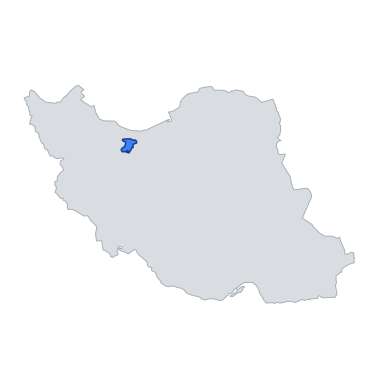 Alborz on a map of Iran (Albers equal-area conic projection), rotated 350°
{"feature_id": "IRN-5490", "entity_name": "Alborz", "entity_type": "Province", "adm_level": 1, "iso_a3": "IRN", "parent_name": "Iran", "parent_adm1": "", "projection": "albers", "projection_center": [50.738, 35.945], "detail": "fine", "context": "in_parent", "style": "filled", "palette": "blue", "viewbox_px": 384, "rotation_deg": 350, "n_neighbors": 0, "source": "natural_earth", "source_scale": "10m", "svg_char_len": 4339}
<svg xmlns="http://www.w3.org/2000/svg" viewBox="0 0 384 384"><g transform="rotate(350 192 192)"><path d="M182.7,109.2L186.7,109.3L193.9,106.5L194.5,105.9L196.5,100.8L198.9,98.5L203.2,95.6L205.9,94.6L215.8,94.4L216.5,92.4L218.0,91.2L228.8,91.2L230.5,92.6L231.3,95.4L240.4,97.3L242.3,98.0L244.7,100.0L246.5,100.4L248.8,99.3L250.2,99.8L252.6,99.0L259.8,101.6L261.0,104.7L262.4,106.0L264.0,107.2L269.8,109.1L271.6,110.4L276.2,115.9L287.4,114.6L288.3,115.8L288.4,118.3L289.8,124.3L289.2,126.5L290.8,128.4L291.0,132.1L291.9,134.7L291.0,138.4L289.7,139.3L290.8,142.4L290.0,145.6L290.2,146.8L288.7,149.6L288.7,150.6L285.6,153.4L288.4,156.8L284.8,157.4L282.8,161.4L283.9,165.9L283.5,168.3L284.0,169.6L285.1,170.4L290.2,170.8L290.4,171.3L285.7,178.5L286.2,181.0L291.4,194.0L291.4,200.8L292.7,207.6L305.8,208.2L307.5,209.8L308.8,213.5L309.1,216.3L308.8,217.8L296.1,236.9L304.5,244.8L305.0,246.6L310.4,254.6L315.1,258.5L322.8,260.0L326.5,262.8L329.6,262.2L329.9,266.6L332.1,275.4L331.7,279.6L334.4,280.1L338.4,279.0L339.9,279.6L340.9,281.0L340.0,282.0L340.6,285.5L339.6,286.3L339.6,289.7L333.6,290.6L328.1,292.8L326.2,294.2L325.3,296.8L323.4,296.8L322.9,297.7L319.1,299.8L318.4,306.8L317.1,308.6L317.0,318.4L316.1,318.7L314.3,320.5L301.6,318.7L300.1,316.5L298.8,316.2L297.2,318.6L290.8,317.9L288.8,318.5L287.4,317.9L284.1,318.2L281.3,317.0L274.6,318.8L270.3,316.7L265.9,316.4L260.4,316.8L255.9,315.4L253.7,316.2L252.5,315.0L245.9,314.3L243.5,310.0L243.2,307.9L241.4,304.2L240.5,298.7L238.8,294.8L235.8,291.7L228.3,290.2L224.5,291.4L221.7,293.4L217.1,294.8L213.5,298.6L211.4,298.5L202.9,303.9L201.0,303.9L194.4,300.8L191.5,300.2L185.5,300.5L182.2,298.4L181.3,296.8L173.5,293.4L168.8,290.3L167.3,287.3L165.2,285.1L160.5,283.4L157.9,281.5L150.8,280.8L145.7,276.1L145.7,274.5L142.7,269.3L142.2,265.4L141.6,264.4L139.1,262.9L138.7,261.8L139.2,259.4L136.0,257.9L135.6,256.7L135.6,253.0L128.1,243.9L126.6,238.9L125.2,238.7L118.4,241.9L116.5,240.1L110.6,236.8L109.8,235.6L111.3,235.0L112.8,235.6L113.7,235.0L113.4,233.9L111.9,233.2L109.9,233.2L110.4,234.2L108.5,235.1L108.1,236.4L108.5,240.1L107.7,241.2L104.5,241.7L102.5,242.8L100.8,241.5L100.4,238.7L99.3,237.0L97.7,236.3L96.5,234.5L94.4,233.6L94.6,224.1L89.5,223.8L89.7,216.6L92.3,209.6L87.6,203.0L85.6,198.0L84.3,197.0L81.8,197.1L73.7,190.1L70.8,188.3L66.8,187.6L66.4,185.2L67.5,182.7L65.8,179.2L65.3,178.2L63.7,177.8L63.9,175.6L61.7,175.7L58.1,169.6L57.0,168.7L59.4,164.4L58.0,160.8L59.1,157.8L61.1,158.1L61.9,154.0L65.7,150.1L69.0,148.4L69.3,147.2L68.8,144.9L66.9,142.0L67.4,139.6L68.0,138.5L71.4,137.4L71.6,136.9L70.1,135.9L64.3,135.6L61.3,132.7L58.5,131.8L57.0,125.6L56.6,124.8L55.2,124.5L54.4,123.3L54.2,119.2L52.3,117.3L51.0,111.1L51.0,109.6L51.6,108.3L48.6,105.5L48.4,101.5L49.1,100.6L45.7,97.4L44.1,97.2L44.0,96.6L46.8,90.6L47.8,89.2L45.8,88.1L46.0,85.0L45.6,82.4L45.9,80.0L44.6,78.1L44.3,77.0L45.0,74.3L43.7,72.9L43.1,70.0L48.3,69.5L49.5,65.2L51.4,63.5L54.5,65.8L58.6,73.2L61.2,75.4L63.1,77.9L72.7,80.9L74.8,80.2L78.1,80.5L82.5,76.3L84.4,75.8L89.5,71.6L95.7,67.7L98.8,67.2L103.2,72.4L100.6,73.9L100.1,75.2L100.4,76.4L102.4,77.8L102.6,79.3L101.9,80.0L99.2,80.7L98.4,82.1L101.3,84.5L102.6,86.6L104.2,87.1L106.6,90.3L110.5,90.0L111.2,97.6L113.3,103.9L117.5,106.6L128.3,108.8L129.5,110.0L131.3,113.5L134.1,115.9L142.6,120.8L151.9,123.1L158.1,122.9L180.8,116.7L183.0,116.7L179.6,118.2L180.9,118.8L183.8,118.7L184.5,118.1L184.6,117.2L182.7,109.2ZM225.9,295.3L224.5,297.5L222.3,299.4L220.5,299.0L213.7,302.0L211.9,301.9L211.6,301.1L219.0,297.6L219.3,296.8L218.8,295.2L221.3,295.8L223.9,294.3L226.2,293.8L227.3,294.7L225.9,295.3Z" fill="#d9dde1" stroke="#a8b0b8" stroke-width="1"/><path d="M136.4,142.4L136.3,141.8L136.3,140.8L135.8,140.1L134.9,140.1L134.8,140.6L135.3,141.4L135.3,141.7L135.2,141.9L134.8,141.7L134.0,141.0L132.5,140.5L131.0,140.4L130.4,140.3L130.1,139.7L129.7,138.9L129.6,138.4L129.8,137.7L130.6,136.9L133.6,135.4L134.1,135.0L134.2,134.3L134.9,132.8L135.4,131.3L134.7,130.7L133.7,130.4L133.2,129.9L132.4,128.9L132.8,128.2L134.5,128.1L138.0,128.5L140.4,129.0L141.3,129.3L141.6,129.7L142.1,130.2L142.7,130.5L145.1,131.0L146.1,132.1L146.0,132.9L146.1,133.9L145.2,134.4L144.0,134.3L142.9,134.7L142.0,135.7L141.9,136.9L141.8,137.8L140.5,137.9L140.0,139.0L139.3,139.9L138.3,140.5L137.9,141.4L137.3,141.5L136.9,142.3L136.4,142.4Z" fill="#3b82f6" stroke="#1e3a8a" stroke-width="1.5"/></g></svg>